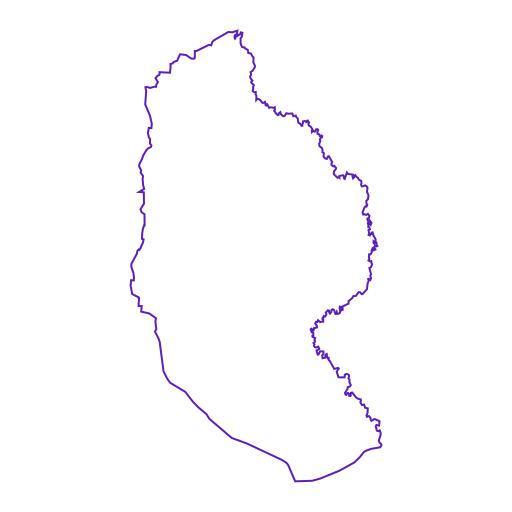 the district of Na Pho, Buri Ram, Thailand
{"feature_id": "78962969B90341089131136", "entity_name": "Na Pho", "entity_type": "district", "adm_level": 2, "iso_a3": "THA", "parent_name": "Thailand", "parent_adm1": "Buri Ram", "projection": "equal_earth", "projection_center": [102.972, 15.699], "detail": "fine", "context": "isolated", "style": "outline", "palette": "violet", "viewbox_px": 512, "rotation_deg": 0, "n_neighbors": 0, "source": "geoboundaries", "source_scale": "gbopen_adm2", "svg_char_len": 6047}
<svg xmlns="http://www.w3.org/2000/svg" viewBox="0 0 512 512"><path d="M237.4,30.7L232.2,32.3L228.3,32.0L214.4,40.0L212.5,41.7L211.2,45.3L208.8,44.9L196.7,50.9L194.8,51.0L194.8,58.0L193.9,58.7L191.3,58.6L186.0,55.0L180.0,54.3L177.2,60.7L173.8,61.9L172.8,63.3L170.4,64.0L170.6,67.1L170.0,72.7L159.5,72.2L159.6,74.1L159.1,75.1L157.5,75.8L155.5,78.2L157.9,82.0L156.5,84.3L155.9,86.9L154.8,86.6L150.2,87.9L147.1,87.0L145.4,87.2L146.2,91.2L145.2,104.3L150.1,116.1L151.8,123.9L151.4,128.1L148.8,127.9L147.9,133.0L148.9,137.3L150.1,139.0L150.0,143.5L151.4,145.4L150.8,147.1L148.3,148.2L146.1,150.5L143.1,155.7L142.3,158.3L139.3,164.4L139.1,166.4L141.1,170.2L140.7,172.7L143.1,176.1L142.6,178.6L143.1,185.1L144.2,188.9L139.1,192.0L143.8,192.3L144.0,203.6L140.5,209.2L141.6,212.2L144.5,214.3L144.6,225.2L144.2,225.1L142.8,229.4L142.2,233.5L142.0,238.9L143.6,239.4L142.9,242.8L140.5,248.1L139.4,249.8L138.9,249.4L137.5,250.7L136.7,254.1L131.4,263.9L131.3,266.7L133.4,273.1L134.0,277.6L133.8,280.4L131.1,280.2L130.6,285.7L132.2,294.1L138.6,297.3L138.4,297.8L139.1,298.2L138.5,306.0L141.7,306.0L141.2,311.6L149.4,313.5L156.0,318.3L155.4,321.5L156.3,329.2L155.0,331.6L158.7,338.9L159.7,342.0L163.5,371.3L167.3,378.8L170.2,382.8L185.2,391.8L193.2,402.1L198.4,407.4L206.5,414.2L209.4,418.9L231.8,438.0L246.9,443.5L282.1,460.0L286.4,462.8L288.1,464.9L295.2,481.3L312.0,480.8L319.5,478.8L339.0,470.9L354.6,462.3L359.6,457.4L363.8,452.1L365.7,450.9L370.9,448.9L380.2,447.3L381.4,445.5L381.3,444.3L379.4,442.4L378.8,440.7L380.5,435.2L380.7,433.5L380.1,431.1L379.7,430.4L378.3,431.2L376.8,430.6L375.8,426.3L376.4,425.0L379.1,425.6L379.5,421.2L374.6,419.0L371.5,420.8L370.9,420.1L370.3,417.5L369.0,416.1L367.0,416.8L366.5,415.6L367.5,413.2L367.8,408.4L365.1,407.7L364.1,404.6L361.9,405.0L360.4,402.4L361.0,400.6L360.8,399.5L357.9,398.7L356.1,397.5L352.2,392.5L350.9,392.8L350.7,395.6L350.3,396.0L349.1,395.8L349.1,394.0L348.1,393.0L347.3,393.2L346.3,394.8L345.4,394.5L345.0,392.8L347.4,389.2L347.7,387.1L349.8,386.6L350.8,385.1L349.3,381.9L349.6,379.9L348.4,378.2L349.2,376.2L349.0,375.2L347.8,374.2L346.1,374.0L344.8,374.8L344.6,377.3L338.5,377.3L336.7,371.7L338.7,368.6L338.0,367.9L334.2,368.9L329.9,361.1L328.8,360.1L328.6,358.1L327.8,358.4L327.4,357.8L326.7,354.0L325.7,354.5L325.1,357.7L322.6,358.2L322.2,355.5L323.4,354.3L323.4,351.5L320.1,351.3L318.5,354.5L317.7,354.6L316.5,350.5L319.1,349.1L319.2,348.5L318.2,346.6L316.3,347.5L314.8,347.1L313.9,345.8L314.5,344.2L313.5,343.0L315.1,341.5L314.5,339.8L315.2,338.2L312.5,336.8L312.4,336.0L313.3,335.7L313.3,332.9L311.8,332.4L310.6,329.3L311.5,328.7L313.1,330.6L313.8,330.0L313.9,328.2L317.1,327.4L316.9,326.0L315.2,323.3L316.1,321.8L317.3,322.0L318.0,320.2L320.3,322.2L321.6,321.6L323.2,321.7L323.3,319.6L322.5,319.1L322.6,317.7L323.5,317.5L323.8,316.1L325.1,316.5L326.2,315.0L326.4,313.9L325.7,312.6L327.9,310.3L329.0,310.6L329.0,312.0L330.0,313.6L331.3,311.7L331.4,310.2L332.8,309.2L334.2,310.2L335.4,314.0L336.0,313.9L336.8,311.9L337.5,313.8L339.5,313.4L340.4,311.6L339.9,310.7L340.1,309.1L339.5,308.1L339.9,306.6L340.6,306.8L341.2,310.2L342.7,309.8L342.5,306.5L348.6,303.6L348.5,301.2L352.3,298.0L353.2,296.2L356.0,295.8L358.5,292.2L359.9,292.2L361.7,294.1L362.5,294.1L367.0,289.1L367.6,283.4L368.7,281.0L368.2,279.0L369.0,278.8L370.3,279.9L371.0,278.4L370.3,275.9L371.0,274.1L369.4,268.0L371.0,267.1L372.1,264.3L371.5,263.1L371.3,261.1L370.0,261.4L368.5,260.4L369.4,258.8L368.9,257.4L369.1,254.4L370.1,254.5L371.1,253.6L371.9,251.5L371.6,250.4L372.6,248.3L373.1,248.7L373.5,250.3L375.4,249.5L374.2,247.1L375.2,246.0L376.7,246.4L377.3,246.0L376.7,245.3L376.4,242.6L375.0,242.6L374.4,244.0L373.5,242.8L373.6,241.1L374.3,241.6L375.5,241.4L375.6,239.3L373.4,235.4L372.6,232.4L371.5,232.7L371.4,234.0L370.5,234.1L369.9,235.5L368.6,234.9L369.1,233.5L368.5,230.0L369.9,229.3L369.3,227.3L368.2,226.8L368.5,225.7L367.9,223.3L370.2,222.8L369.9,224.0L370.7,224.9L371.5,222.8L369.6,220.3L368.1,221.3L367.3,219.2L367.5,218.4L368.8,218.3L369.4,215.7L367.9,213.9L366.1,215.0L364.2,214.1L363.2,214.5L362.5,212.6L364.4,207.7L365.5,206.3L366.5,206.6L367.3,204.8L366.5,203.9L366.3,200.9L368.0,199.2L368.5,195.6L367.0,191.7L367.5,187.7L366.7,186.3L365.1,185.3L362.5,186.5L361.7,186.3L361.1,184.8L361.5,182.5L361.1,180.8L358.7,179.5L358.1,177.9L356.3,176.8L355.3,175.1L354.2,175.6L354.0,177.4L353.1,178.3L352.5,176.2L352.7,174.6L348.0,173.9L346.9,172.5L344.7,178.9L344.0,178.3L343.8,176.2L343.2,175.3L339.4,175.9L339.4,177.8L338.6,177.1L337.5,177.7L333.8,174.2L333.9,171.4L335.9,169.1L336.0,167.9L334.2,165.8L333.3,166.4L331.5,165.1L331.6,163.2L332.2,162.0L328.8,156.2L327.9,156.5L326.8,158.9L325.6,158.7L323.5,156.7L323.9,153.2L322.4,152.2L322.6,150.5L322.1,148.3L319.4,146.0L319.2,143.8L320.3,141.1L319.9,139.2L321.1,137.5L322.1,137.1L322.2,136.0L321.5,135.5L319.8,136.0L319.2,134.4L317.5,133.8L317.4,131.8L318.2,130.0L317.6,129.2L316.2,129.3L314.8,131.7L313.2,130.8L311.9,132.1L311.7,130.9L312.5,129.3L310.5,126.4L308.9,125.6L308.4,124.0L309.0,122.6L307.8,120.5L307.2,120.7L306.9,121.9L306.4,122.2L305.0,121.0L303.0,121.4L303.0,123.2L302.2,124.5L302.4,125.7L301.7,125.8L300.0,123.5L298.4,122.8L297.7,118.4L296.2,117.0L295.8,115.6L293.3,116.2L292.3,113.5L287.9,113.7L286.4,113.2L284.8,115.8L283.2,116.2L280.9,114.3L280.3,112.2L278.9,113.3L278.5,115.0L278.0,115.2L276.5,114.1L274.1,110.6L274.9,109.8L274.7,107.3L273.8,107.9L270.8,107.3L269.1,107.8L267.1,104.1L266.5,104.3L266.1,105.5L265.7,105.4L265.0,101.9L263.1,103.0L262.0,102.5L260.3,100.1L258.4,99.0L257.3,98.9L256.3,100.0L256.4,95.7L255.6,94.3L255.8,92.1L254.0,92.1L252.7,91.0L253.3,88.7L253.1,87.0L253.9,85.2L251.2,82.6L251.3,81.5L252.4,80.7L250.6,78.3L250.1,76.4L251.2,74.6L250.5,72.2L252.9,70.5L254.9,67.0L254.9,65.7L253.3,62.2L253.6,57.5L252.6,56.7L250.9,53.5L248.3,53.0L247.7,49.8L245.1,48.4L244.7,47.5L242.1,47.0L241.1,44.9L240.6,43.3L240.6,38.2L241.9,36.7L242.4,32.8L240.8,32.4L239.8,34.8L238.4,34.8L237.4,36.0L235.8,36.3L235.5,37.9L235.0,38.7L234.7,38.3L234.6,36.1L235.5,34.7L236.1,35.0L236.9,34.1L237.4,30.7Z" fill="none" stroke="#5b21b6" stroke-width="2"/></svg>